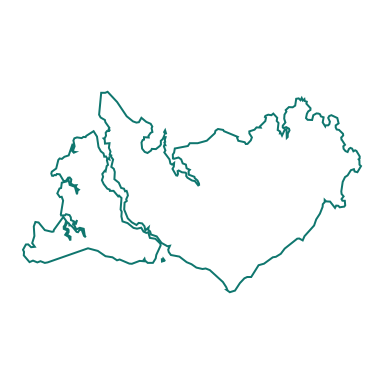 Tiwi Islands, Northern Territory, Australia (Natural Earth projection)
{"feature_id": "25037944B62285809064209", "entity_name": "Tiwi Islands", "entity_type": "district", "adm_level": 2, "iso_a3": "AUS", "parent_name": "Australia", "parent_adm1": "Northern Territory", "projection": "natural_earth1", "projection_center": [130.684, -11.553], "detail": "fine", "context": "isolated", "style": "outline", "palette": "teal", "viewbox_px": 384, "rotation_deg": 0, "n_neighbors": 0, "source": "geoboundaries", "source_scale": "gbopen_adm2", "svg_char_len": 6000}
<svg xmlns="http://www.w3.org/2000/svg" viewBox="0 0 384 384"><path d="M169.5,159.4L164.3,152.4L165.4,150.4L163.9,146.4L164.3,145.2L165.4,145.2L164.4,142.5L165.2,141.9L164.8,139.8L165.6,137.2L164.7,137.2L164.2,135.8L162.8,139.0L160.8,140.9L160.9,144.5L159.9,145.9L155.9,149.1L151.8,148.9L151.1,150.5L147.5,153.0L144.7,151.9L142.1,148.6L141.5,142.5L142.7,140.0L144.0,139.6L144.0,137.2L148.7,137.5L148.5,135.9L150.6,132.9L152.4,132.0L151.6,128.2L152.3,126.6L150.7,123.8L146.3,121.9L141.4,117.8L138.9,122.2L136.4,122.6L133.0,121.4L126.7,116.3L117.1,102.0L107.6,91.8L105.2,92.8L101.2,92.8L99.1,114.7L100.6,117.5L104.9,120.0L105.4,122.2L109.4,127.9L108.6,129.3L109.6,130.2L109.1,131.0L106.9,131.1L105.7,132.8L106.0,135.7L104.8,138.1L103.6,138.4L104.7,139.6L105.0,143.6L109.5,143.2L108.9,147.8L110.5,151.6L109.7,154.6L111.3,155.4L111.0,156.7L113.1,159.5L111.3,166.9L113.8,168.8L114.8,172.0L114.4,179.2L118.8,182.7L121.1,187.9L124.0,188.7L125.1,191.3L126.6,190.9L127.4,193.1L127.9,195.5L126.2,199.3L126.8,200.9L124.6,202.6L124.2,209.5L127.8,218.4L131.8,222.3L136.5,225.0L138.7,222.9L142.1,223.4L144.5,226.3L145.3,230.4L148.6,227.4L148.1,229.7L150.1,231.4L151.0,234.5L156.7,236.4L161.5,242.9L167.5,246.3L169.9,245.8L168.2,249.7L168.8,252.1L170.9,255.0L179.4,256.6L186.7,262.2L191.5,264.2L196.4,267.6L202.5,269.0L205.7,268.5L209.8,270.1L222.9,282.0L226.2,287.1L227.3,289.8L226.6,289.9L229.8,292.2L235.0,290.6L239.9,283.1L244.4,278.3L247.2,277.0L251.2,277.0L258.6,265.2L264.0,263.7L272.8,257.3L275.9,256.8L280.8,253.8L284.7,248.6L297.2,238.7L299.2,238.5L302.7,240.4L304.5,236.2L314.1,225.5L316.2,219.4L319.9,213.7L322.6,206.9L322.8,204.2L324.7,202.1L324.7,199.9L326.2,201.4L330.1,201.6L335.0,207.9L336.2,205.6L338.3,205.8L339.7,207.3L344.3,206.6L345.2,205.3L344.8,200.8L342.4,200.7L341.5,199.1L343.6,196.4L341.6,194.0L341.3,191.4L342.7,181.9L345.0,177.1L347.6,175.4L350.9,170.2L353.9,169.2L354.6,171.5L357.4,172.2L361.0,166.1L359.5,164.7L359.4,160.5L358.6,159.3L359.6,158.6L359.7,156.4L356.4,150.9L355.1,150.3L353.4,151.3L352.1,148.6L350.4,147.9L348.9,149.0L347.6,152.0L345.5,151.1L343.6,148.8L343.3,146.3L345.0,144.8L341.6,139.5L341.6,140.3L341.2,137.7L343.2,135.4L343.0,133.8L339.0,129.9L336.7,129.5L335.7,127.5L335.7,125.4L338.6,123.4L337.3,118.0L331.4,115.2L329.3,116.0L328.2,117.9L329.9,121.7L329.3,124.2L328.2,125.3L325.5,125.3L325.2,126.3L322.7,122.4L323.6,117.3L320.9,116.4L320.0,114.3L318.6,113.6L316.5,113.4L313.3,115.2L312.1,120.0L307.6,119.8L306.0,118.1L306.9,113.8L308.2,111.4L310.4,110.0L310.5,108.2L306.4,103.7L306.8,101.7L304.7,101.0L304.4,99.1L302.8,100.5L301.7,98.0L300.5,100.2L298.7,98.4L296.2,98.8L295.2,105.6L292.7,107.3L288.9,107.1L285.7,110.1L286.4,111.6L284.5,114.6L284.2,118.7L285.4,122.5L282.8,125.6L282.7,127.2L283.4,128.1L286.2,127.1L289.0,128.7L289.5,130.4L287.8,133.7L287.7,137.0L286.8,137.9L286.5,129.4L284.7,129.8L282.0,135.6L280.7,132.9L279.9,133.2L280.1,131.5L277.7,130.0L278.5,123.0L276.7,120.9L277.2,117.8L273.3,113.6L271.4,115.2L268.2,114.7L265.4,115.9L264.9,117.0L266.0,117.8L265.3,121.1L260.0,126.3L260.7,127.6L256.5,127.4L254.5,129.7L249.3,131.4L249.4,133.5L251.9,137.4L250.8,140.4L247.5,143.9L245.8,144.0L244.7,142.2L238.3,140.8L237.1,137.8L237.8,136.9L224.0,131.2L223.1,129.9L218.0,129.0L215.5,130.7L214.8,133.3L206.8,140.7L197.7,143.2L189.8,143.2L187.9,146.0L174.8,148.5L174.1,152.6L172.8,154.6L173.0,159.3L173.4,158.1L174.0,158.8L178.5,157.5L181.2,159.4L182.7,163.4L185.9,164.6L186.6,168.3L189.8,169.8L188.6,171.1L188.8,174.7L194.4,176.8L194.8,178.2L197.5,180.5L199.0,183.6L199.1,184.9L198.2,185.4L194.9,181.1L192.0,180.5L187.4,177.7L186.2,176.0L186.3,173.3L185.3,172.6L182.0,172.3L178.7,170.5L177.6,171.1L178.0,173.9L177.3,175.6L176.2,175.4L172.5,168.9L173.8,166.6L174.1,163.0L172.1,164.6L170.4,163.6L169.5,159.4ZM155.4,238.8L149.9,237.9L148.2,232.3L146.3,232.9L143.5,231.6L141.2,227.7L137.0,228.7L133.5,227.9L127.6,223.1L122.5,221.4L121.4,216.4L121.7,211.7L120.6,209.5L121.5,198.0L119.0,195.6L118.2,196.4L113.6,190.9L109.9,190.9L109.7,189.6L107.3,188.7L103.7,184.1L101.9,180.2L103.1,176.8L102.3,174.0L104.8,170.7L105.6,171.3L106.7,166.0L108.0,164.9L106.9,160.2L107.3,158.6L105.9,156.4L104.3,156.7L103.5,153.4L100.9,151.4L98.5,147.0L97.0,136.6L93.6,131.2L86.2,135.9L85.6,137.1L83.4,136.9L81.7,138.1L77.0,137.4L74.4,138.3L73.4,140.5L74.6,146.3L73.1,150.3L73.7,151.8L75.4,152.0L73.8,152.7L72.0,150.8L72.7,143.7L68.7,155.4L64.4,156.8L61.9,158.9L59.6,158.5L58.3,160.0L56.2,168.5L51.8,171.7L51.3,173.5L52.0,175.7L53.2,175.9L54.4,175.0L55.9,175.2L56.8,174.0L59.7,174.3L63.7,181.1L66.0,180.8L68.2,177.7L69.7,177.5L71.3,179.4L70.7,183.5L73.8,185.3L76.4,185.2L75.7,186.3L76.4,188.2L78.8,189.7L77.6,190.6L77.0,194.3L74.9,186.8L69.7,184.9L68.4,179.2L66.8,181.4L61.8,182.7L61.1,188.0L59.5,188.5L57.3,193.4L59.9,197.1L61.7,196.8L63.1,200.6L60.8,214.6L61.2,215.5L65.1,215.3L66.0,214.2L69.5,215.1L70.8,217.3L71.0,220.1L74.0,221.4L75.1,223.4L77.1,220.1L75.9,223.8L73.3,223.3L73.1,224.5L74.4,225.3L76.3,229.4L79.8,227.8L83.7,228.8L84.7,235.4L85.7,237.2L84.0,235.9L81.7,229.8L79.6,229.9L78.0,232.2L76.6,231.9L72.6,227.0L70.3,225.1L69.4,225.4L69.2,223.7L67.4,222.3L64.5,228.1L67.8,228.9L68.6,230.0L68.6,232.2L67.0,234.6L70.5,236.7L70.4,240.5L68.6,236.9L65.2,234.8L67.9,230.7L63.8,228.9L63.7,226.7L65.2,224.6L66.1,220.8L63.3,216.9L53.9,229.9L53.5,231.5L52.0,231.8L44.8,230.1L38.6,222.5L35.4,222.0L33.8,226.5L34.4,236.0L32.2,243.1L34.8,246.8L31.1,247.2L28.2,244.4L25.9,244.5L23.0,249.8L24.0,251.8L23.8,255.4L29.5,262.1L33.0,260.6L37.3,262.4L40.5,261.2L44.8,262.9L47.6,262.4L88.0,248.3L97.8,250.9L105.5,256.2L112.5,257.3L117.0,260.3L119.7,259.5L129.3,263.6L131.9,263.8L139.6,260.9L144.5,261.3L143.5,260.2L144.5,258.8L144.9,260.4L147.7,262.9L152.9,262.9L155.7,258.4L156.3,254.9L160.6,245.6L160.4,243.7L155.4,238.8ZM162.9,259.6L162.0,259.7L161.8,258.3L162.0,261.5L164.4,260.8L165.1,259.9L164.6,260.4L163.2,258.6L162.9,259.6ZM164.1,132.1L165.1,133.7L166.0,133.4L165.1,130.3L164.1,132.1ZM108.7,159.2L109.4,159.5L109.1,158.1L108.7,159.2Z" fill="none" stroke="#0f766e" stroke-width="2"/></svg>